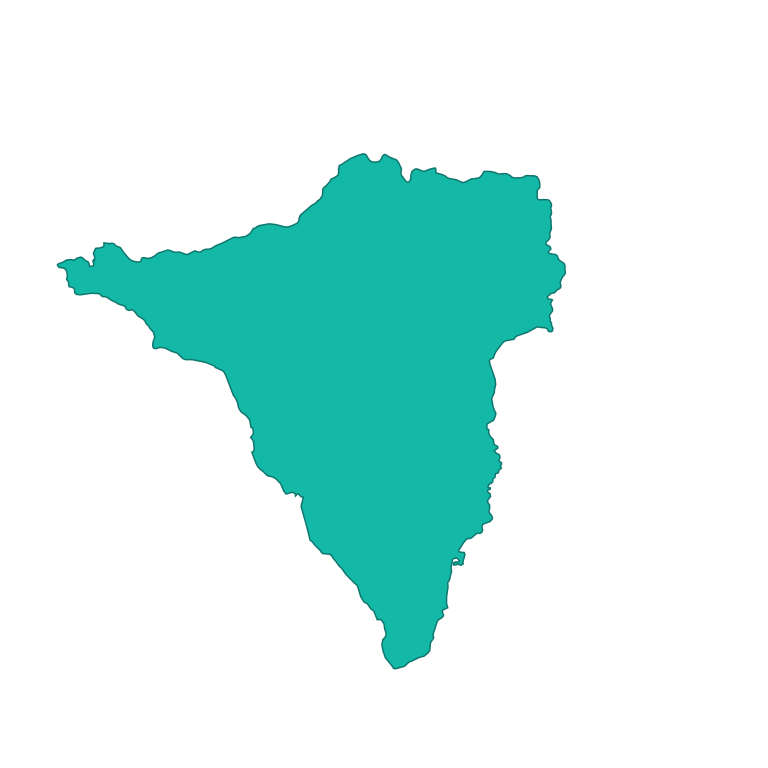 the district of Ermera, Ermera, East Timor, rotated 332°
{"feature_id": "22284137B14876648157947", "entity_name": "Ermera", "entity_type": "district", "adm_level": 2, "iso_a3": "TLS", "parent_name": "East Timor", "parent_adm1": "Ermera", "projection": "orthographic", "projection_center": [125.411, -8.766], "detail": "fine", "context": "isolated", "style": "filled", "palette": "teal", "viewbox_px": 768, "rotation_deg": 332, "n_neighbors": 0, "source": "geoboundaries", "source_scale": "gbopen_adm2", "svg_char_len": 6171}
<svg xmlns="http://www.w3.org/2000/svg" viewBox="0 0 768 768"><g transform="rotate(332 384 384)"><path d="M530.5,217.2L525.1,215.8L519.0,215.1L514.0,209.5L512.0,208.8L508.5,209.5L506.3,211.6L503.7,215.7L500.9,217.4L499.7,217.0L498.5,215.4L497.4,207.9L497.8,206.0L500.5,202.0L500.8,194.9L500.2,192.0L495.2,186.0L492.8,181.8L491.1,181.6L489.0,182.5L487.2,184.0L484.9,185.2L481.4,184.5L478.9,183.1L476.9,181.3L476.0,178.6L475.8,173.2L474.3,171.3L471.9,170.6L468.2,169.9L460.0,169.2L449.1,170.3L447.2,170.0L444.6,173.2L443.3,176.0L441.6,177.9L439.3,178.4L433.1,178.4L431.1,180.0L426.0,181.8L423.2,182.3L421.4,183.3L418.3,188.5L414.4,190.7L410.5,191.4L409.0,192.2L404.0,192.4L390.2,195.4L388.2,196.5L384.7,200.5L382.6,201.3L376.9,201.0L373.3,200.3L371.0,199.4L363.1,192.3L357.9,188.7L348.3,185.6L345.7,185.4L343.3,186.0L341.8,185.3L336.6,188.2L331.4,188.8L324.0,186.4L321.9,184.7L319.7,183.9L306.9,183.6L300.2,182.9L295.3,183.3L292.7,182.8L290.1,181.4L287.0,180.9L284.5,181.3L282.3,180.7L279.5,177.6L271.1,177.4L269.6,176.2L265.5,171.6L261.8,169.8L259.6,168.1L258.0,165.8L256.0,164.2L245.6,162.4L241.7,163.3L238.2,163.3L234.8,162.5L230.8,159.4L229.0,159.2L227.2,161.3L225.0,161.5L221.3,158.8L219.7,157.2L218.4,155.2L217.6,153.5L216.0,146.1L215.2,139.7L212.3,136.4L211.3,133.2L209.9,132.1L206.9,130.7L203.0,127.9L201.7,130.4L200.7,131.1L195.8,130.2L194.0,129.1L193.0,128.9L192.1,129.5L189.1,131.9L188.6,132.7L188.4,134.9L187.8,136.8L186.1,139.1L185.6,138.1L185.0,138.5L184.2,140.2L184.2,141.9L183.0,142.9L182.4,143.0L179.1,142.1L180.1,139.0L180.1,137.3L178.5,135.1L176.7,130.4L175.2,129.4L171.4,128.7L170.1,129.3L168.6,129.1L165.8,127.1L161.9,125.5L158.2,125.7L155.6,125.6L153.3,124.9L151.4,125.6L151.8,128.5L155.3,131.0L156.3,132.3L156.8,134.8L156.4,137.0L154.9,140.3L152.9,142.5L153.2,146.5L152.0,148.5L151.7,150.4L153.4,151.5L155.0,153.6L155.2,155.1L153.8,158.3L154.5,160.5L157.8,162.7L168.0,166.4L174.8,170.4L175.5,171.7L175.9,173.7L177.1,175.2L178.9,176.0L179.9,177.1L182.8,182.4L185.7,186.2L186.7,188.3L190.7,192.4L191.7,193.8L191.7,197.3L193.4,199.3L196.7,200.3L197.8,203.0L198.6,208.1L201.8,213.7L202.4,215.6L202.5,219.9L203.4,222.3L203.4,225.0L204.7,229.6L203.7,234.8L199.9,238.4L198.1,241.0L197.4,242.8L197.4,244.2L199.5,245.9L201.8,246.1L204.4,247.0L207.7,249.7L211.8,255.4L215.9,259.6L218.2,266.9L220.3,269.4L226.0,272.4L236.6,281.1L242.7,288.4L242.8,290.3L244.1,291.6L248.3,297.4L248.4,302.1L245.7,323.3L246.2,326.3L245.9,332.2L244.7,335.6L244.4,338.5L244.8,341.7L247.6,347.7L248.5,352.7L246.2,359.8L247.4,361.6L245.9,365.4L244.8,367.0L241.2,368.5L241.8,371.4L241.7,373.4L239.2,380.0L237.5,382.1L235.3,382.2L233.8,393.2L233.7,397.3L234.6,401.1L236.2,404.5L237.8,409.6L238.9,411.2L241.7,413.4L243.7,416.2L244.7,418.8L245.4,421.9L246.0,423.1L245.2,431.7L246.0,435.3L251.9,436.4L253.1,437.5L254.1,439.4L253.3,441.3L256.0,440.4L257.0,441.4L257.9,444.8L259.7,446.0L253.7,452.7L253.1,454.3L249.1,472.7L245.4,487.4L246.5,489.3L247.4,494.3L249.6,501.2L249.7,503.3L250.2,504.9L256.3,508.9L257.2,511.3L257.4,514.7L258.2,518.0L259.0,523.8L260.1,527.1L261.0,534.2L264.5,546.0L265.6,548.6L265.7,550.3L263.6,561.0L264.0,567.2L266.1,570.1L266.9,576.8L267.7,578.0L268.4,579.9L267.4,589.0L270.7,590.4L271.4,595.2L271.0,597.2L269.7,600.2L268.8,605.2L267.2,607.5L262.9,609.3L259.8,613.1L257.9,618.9L256.7,626.4L258.6,636.0L259.0,639.8L260.8,640.9L268.8,642.7L270.5,642.6L275.8,641.2L278.1,641.7L286.5,641.9L291.6,643.1L296.6,642.1L299.2,640.9L303.6,634.3L308.6,631.5L309.8,628.1L319.7,618.5L321.9,617.7L324.5,617.6L326.9,617.1L328.2,615.9L328.2,613.2L329.7,611.1L335.2,611.5L336.1,607.3L339.6,600.9L345.4,593.0L346.8,589.5L350.1,587.5L353.8,583.1L355.3,581.8L357.5,576.7L360.7,573.2L362.1,571.1L363.6,570.8L366.5,571.8L367.2,573.2L367.4,575.6L365.9,576.1L364.5,575.1L362.9,574.5L361.5,574.7L360.5,576.5L362.6,577.5L364.2,577.4L366.9,580.2L369.5,580.0L370.1,578.2L375.3,572.7L375.7,570.4L371.7,567.8L371.8,566.0L379.7,561.5L383.9,559.8L386.2,560.1L387.7,560.9L389.7,560.8L395.9,559.4L398.0,560.6L399.8,561.1L401.4,560.5L402.7,558.9L403.0,556.9L404.5,554.8L406.2,554.3L413.5,555.2L416.7,553.7L417.3,551.2L416.5,546.3L418.5,543.9L420.5,540.5L420.0,537.6L420.8,535.4L425.3,533.3L426.1,530.9L425.3,529.2L425.0,527.1L426.2,526.2L428.3,526.8L429.1,525.6L427.9,525.0L427.4,523.6L430.1,521.6L431.6,522.0L434.0,521.6L435.5,519.0L438.3,518.4L440.3,515.5L443.2,516.1L445.2,513.9L448.0,513.5L448.3,511.6L450.8,508.9L449.3,505.9L452.1,503.1L452.5,501.6L452.4,500.2L450.6,497.8L450.0,494.5L454.5,494.0L455.0,492.3L453.1,489.7L453.0,488.4L454.4,484.5L453.1,479.4L453.8,475.6L455.1,473.6L453.9,471.9L454.7,470.1L456.3,467.7L463.9,467.4L467.6,464.2L469.1,462.2L469.1,459.0L469.7,455.0L472.2,447.4L477.6,443.2L478.5,441.4L482.4,436.8L484.3,432.1L486.8,416.7L487.9,412.8L489.3,412.1L492.9,412.3L494.7,410.4L497.8,408.1L507.7,403.5L510.8,402.7L519.8,405.5L522.3,404.1L524.3,404.0L535.1,405.7L545.5,405.5L547.3,406.2L549.1,407.8L552.9,410.2L554.1,412.1L554.0,414.9L556.2,416.3L557.6,416.2L559.3,414.2L559.5,410.6L560.5,408.8L560.3,406.7L561.7,403.8L561.8,402.1L562.6,400.8L567.0,398.7L568.1,396.8L568.5,392.2L569.2,390.8L572.2,388.9L571.0,387.4L569.6,386.7L568.7,385.3L569.2,383.6L574.6,382.5L575.9,383.1L578.0,383.4L579.7,382.5L584.7,382.0L586.0,381.0L587.1,377.5L588.4,375.9L591.9,373.3L595.0,372.1L596.3,371.1L597.8,367.1L599.4,364.6L599.6,362.1L596.7,356.7L597.1,351.9L596.3,350.3L591.9,347.0L590.7,345.0L591.8,344.2L594.7,343.2L595.2,341.0L592.5,336.4L594.0,334.8L597.4,333.9L599.6,332.4L600.4,330.2L601.6,328.2L604.2,326.0L605.3,324.4L607.3,319.6L608.1,318.5L609.5,313.9L611.3,312.9L612.6,310.9L613.8,306.8L615.2,305.8L616.4,303.4L616.1,299.5L614.9,298.1L610.4,295.5L608.7,295.0L606.5,293.2L606.6,291.7L609.7,285.8L610.6,284.8L613.5,283.8L614.8,282.0L616.0,279.1L616.6,276.4L616.4,272.9L614.6,270.9L607.9,267.0L606.3,266.6L604.3,266.8L601.5,266.1L596.1,263.4L593.9,261.3L593.4,259.4L591.3,256.3L589.2,254.8L583.8,252.5L581.4,249.4L577.6,246.3L572.3,243.2L568.4,245.6L564.9,246.6L561.5,245.6L557.3,243.9L551.5,243.8L548.3,243.3L545.0,239.5L543.8,237.6L538.6,233.7L536.8,231.7L535.8,229.3L533.4,226.1L528.9,221.9L530.6,218.9L530.5,217.2Z" fill="#14b8a6" stroke="#0f766e" stroke-width="1.5"/></g></svg>